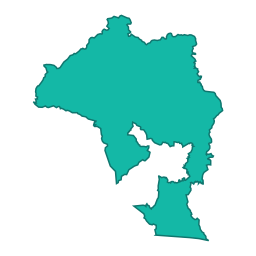 outline of Bao Lam, Lâm Đồng, Vietnam
{"feature_id": "81297802B89982379831919", "entity_name": "Bao Lam", "entity_type": "district", "adm_level": 2, "iso_a3": "VNM", "parent_name": "Vietnam", "parent_adm1": "Lâm Đồng", "projection": "mercator", "projection_center": [107.768, 11.64], "detail": "fine", "context": "isolated", "style": "filled", "palette": "teal", "viewbox_px": 256, "rotation_deg": 0, "n_neighbors": 0, "source": "geoboundaries", "source_scale": "gbopen_adm2", "svg_char_len": 5872}
<svg xmlns="http://www.w3.org/2000/svg" viewBox="0 0 256 256"><path d="M129.1,18.3L127.1,17.9L121.4,15.4L120.1,15.9L118.6,17.9L114.0,16.4L111.7,18.1L107.7,18.7L107.1,19.6L108.0,21.0L108.4,23.5L106.8,26.2L109.2,28.4L107.8,30.0L106.4,30.2L104.4,29.2L103.5,29.5L102.1,31.4L102.3,33.4L101.9,34.0L100.1,33.8L97.7,34.5L94.3,37.9L92.0,37.4L90.6,37.9L89.1,39.7L89.0,42.7L86.7,45.4L86.8,46.8L86.0,48.7L84.4,49.1L82.8,48.3L82.1,48.9L81.0,48.9L79.0,51.2L75.7,53.8L74.2,53.5L72.9,54.8L70.2,55.6L67.7,59.0L63.9,62.0L60.1,67.6L58.5,68.4L56.8,68.5L56.3,67.3L54.0,65.4L50.6,64.6L46.3,64.5L43.9,65.1L44.1,66.2L45.9,67.8L47.1,71.8L47.7,72.1L45.2,74.5L45.2,76.7L43.7,77.8L43.2,79.6L41.8,81.8L38.8,85.8L37.9,85.9L36.9,87.0L36.0,88.7L35.6,91.9L36.1,93.4L35.9,96.1L37.6,97.1L37.1,98.1L37.4,98.9L35.5,99.1L36.3,101.3L35.5,102.4L36.3,103.1L35.7,103.4L33.4,101.7L35.1,104.3L38.6,107.1L42.2,107.3L45.4,106.0L47.2,107.3L48.5,107.5L53.5,105.8L56.5,107.6L58.0,106.6L59.2,106.5L60.0,107.3L60.4,108.7L61.3,108.3L63.5,109.1L66.0,110.8L67.0,110.3L69.2,110.8L72.3,112.7L77.4,112.7L77.8,113.6L80.4,114.7L82.0,116.1L85.8,116.8L88.3,119.0L96.0,121.1L95.7,121.8L94.7,121.9L94.1,123.2L94.5,124.0L93.8,124.3L93.6,125.2L94.2,125.6L95.0,125.3L94.3,126.2L94.7,126.5L97.2,126.4L100.7,128.5L101.4,134.5L102.3,136.1L101.6,138.5L102.3,141.0L103.7,142.8L107.4,144.3L107.5,146.0L105.4,147.7L105.0,150.5L110.3,166.0L115.5,171.4L116.5,183.6L118.2,182.6L118.6,180.6L121.1,179.8L121.5,176.3L124.6,174.4L126.6,174.6L128.9,169.7L134.5,166.0L137.7,164.9L138.9,162.3L142.8,159.7L144.2,160.7L145.2,160.7L148.9,157.1L150.0,152.3L147.3,150.5L148.8,147.8L148.8,146.0L147.6,146.0L146.2,146.9L143.9,146.4L140.8,146.5L139.9,146.0L139.7,145.1L138.6,144.6L137.2,142.0L136.4,141.5L136.2,139.0L133.4,135.5L127.7,134.8L127.8,132.9L128.6,132.5L128.7,131.6L129.5,131.3L129.8,130.4L130.9,130.0L130.9,128.9L133.1,126.2L132.5,124.4L132.7,122.2L135.8,123.7L136.9,125.4L140.5,126.8L140.8,127.6L140.4,128.8L140.9,129.6L143.7,129.8L145.7,132.7L146.7,135.0L147.1,139.2L150.9,138.4L152.4,139.3L152.4,140.3L154.6,142.7L159.7,144.9L161.4,144.6L162.8,142.2L164.7,142.6L165.3,142.3L166.3,143.1L167.8,143.4L170.2,146.6L171.9,145.9L173.8,145.8L174.1,141.8L174.8,141.8L177.5,142.5L179.0,142.2L179.8,143.4L181.6,143.3L181.8,144.4L182.8,145.7L182.8,146.9L188.9,143.3L189.6,143.6L190.4,142.8L191.8,143.1L192.8,144.2L192.1,144.7L192.0,145.3L193.7,146.3L192.4,146.8L192.2,149.4L190.9,152.1L188.3,153.8L189.4,155.6L188.3,156.6L189.2,157.2L187.2,158.3L188.3,159.0L187.7,159.8L187.9,161.3L187.3,162.2L185.5,163.7L185.3,165.5L184.2,165.3L184.5,166.0L184.1,166.8L185.0,167.5L183.5,167.1L183.0,167.5L184.1,168.4L185.8,168.6L187.0,169.7L186.9,171.3L188.2,172.1L187.8,172.6L186.9,172.2L186.8,172.9L188.3,173.5L188.1,174.7L189.4,175.1L189.8,176.5L185.5,180.3L184.4,180.1L184.7,178.3L184.0,177.9L182.2,179.1L182.8,180.7L181.9,180.7L180.0,181.7L179.8,180.2L179.2,179.9L178.8,180.3L178.9,181.8L177.8,182.6L176.3,182.9L175.3,182.4L174.8,182.8L173.0,181.5L171.3,181.6L170.7,182.8L170.3,182.3L168.7,182.7L167.4,182.1L167.8,180.1L166.3,177.6L165.7,177.4L165.3,177.9L164.5,177.2L163.6,177.1L161.7,177.6L158.9,176.0L158.7,176.2L159.3,179.4L158.2,185.9L158.3,189.1L157.6,190.3L158.8,191.4L158.4,197.5L157.3,199.2L155.1,205.0L153.1,206.8L152.9,207.5L151.7,207.9L151.3,208.9L149.8,207.6L149.1,205.8L147.6,205.1L146.9,203.8L146.2,204.7L145.9,206.5L144.9,205.6L143.1,205.2L133.9,206.1L143.9,213.8L144.7,216.1L144.0,217.9L145.2,218.6L146.6,221.0L149.5,224.1L152.2,224.8L153.3,224.0L156.2,225.3L156.2,228.7L154.9,229.7L156.1,234.7L155.6,235.1L189.9,237.6L199.1,238.6L208.7,240.6L206.0,238.7L205.8,236.3L203.9,234.0L203.8,233.0L202.0,231.9L200.3,229.3L199.9,227.0L198.8,224.6L199.1,220.0L197.2,218.3L196.2,219.4L194.8,219.5L192.6,217.9L191.1,216.0L190.9,215.0L191.8,214.4L191.3,212.7L190.6,212.0L190.4,210.7L189.4,209.2L188.3,208.6L186.7,204.1L187.9,201.9L186.1,194.9L188.2,194.6L190.9,190.3L190.9,188.3L190.1,187.3L190.9,183.9L190.6,182.6L191.6,182.4L193.7,184.0L194.6,182.1L195.1,182.3L195.8,181.4L196.9,182.1L197.5,181.4L198.8,182.2L198.6,183.4L200.1,181.7L201.2,183.4L201.7,183.5L202.4,182.7L202.6,183.9L203.2,183.9L203.0,180.2L202.1,179.2L202.7,174.8L204.0,172.4L207.9,169.6L206.5,165.2L208.5,164.6L210.7,164.9L210.7,160.6L209.9,159.7L208.0,159.2L207.8,158.6L210.1,157.3L212.8,157.1L213.4,156.0L211.8,155.1L211.0,153.6L209.0,154.3L207.3,154.1L206.6,154.9L206.2,154.4L206.7,151.6L208.4,150.4L209.8,148.3L209.8,145.9L208.7,143.9L209.2,143.1L210.8,142.9L211.6,142.0L211.4,139.2L209.5,136.1L209.0,134.3L209.2,133.0L209.9,132.4L209.4,129.9L211.8,127.8L211.9,126.3L213.9,123.1L214.3,121.0L213.6,118.7L214.9,117.9L216.8,115.5L218.1,114.8L219.2,113.2L222.6,110.6L222.2,108.6L221.2,107.2L221.0,103.3L220.2,100.5L215.8,95.6L215.2,93.5L213.9,92.3L205.3,91.3L203.9,90.5L202.7,88.6L202.3,86.3L201.2,85.5L201.2,84.2L200.1,83.2L200.0,82.3L199.3,82.0L198.2,82.6L197.8,82.3L197.9,80.4L200.4,79.2L200.3,77.8L201.2,77.7L201.4,76.3L200.6,76.1L200.1,76.5L198.5,76.0L197.1,73.8L198.6,71.7L197.5,69.9L197.7,69.0L195.9,68.1L194.5,68.1L195.2,67.2L194.4,66.5L194.9,66.1L194.7,65.2L195.1,63.2L193.9,62.7L194.8,61.4L195.8,61.1L194.9,59.1L191.3,55.8L192.3,53.9L195.1,54.4L195.6,54.0L195.1,53.3L193.1,53.0L192.2,51.7L192.3,50.2L193.2,48.6L192.6,46.6L195.5,45.5L196.6,44.0L195.5,40.1L195.7,38.9L194.5,36.5L191.5,35.0L189.8,34.8L187.8,35.5L184.3,34.7L182.7,35.4L181.1,34.8L180.0,35.2L178.0,34.5L175.4,36.6L173.1,36.7L172.1,35.8L171.4,33.6L170.4,33.2L168.7,33.6L167.5,34.5L166.5,36.7L166.4,38.6L165.9,39.0L164.7,38.8L163.4,37.4L162.0,37.3L160.4,39.8L157.3,40.5L154.3,40.0L152.2,40.4L151.3,41.0L150.1,42.8L148.1,43.4L146.5,44.7L145.6,44.2L144.4,42.4L142.0,41.4L141.6,40.3L139.4,39.1L138.1,37.5L135.4,37.1L131.4,34.3L129.9,36.2L128.6,36.3L127.9,33.8L130.4,32.7L130.6,31.9L128.5,29.8L128.4,27.0L126.9,24.8L127.7,24.1L130.6,24.0L131.2,22.8L130.2,20.0L129.1,18.3Z" fill="#14b8a6" stroke="#0f766e" stroke-width="1.5"/></svg>